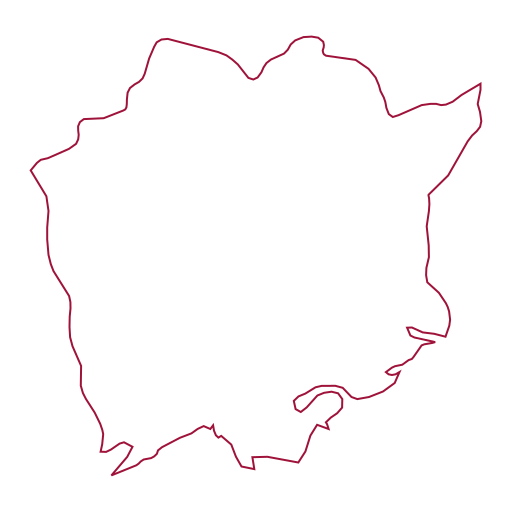 the Prefecture of Okayama
{"feature_id": "JPN-1822", "entity_name": "Okayama", "entity_type": "Prefecture", "adm_level": 1, "iso_a3": "JPN", "parent_name": "Japan", "parent_adm1": "", "projection": "orthographic", "projection_center": [133.872, 34.876], "detail": "fine", "context": "isolated", "style": "outline", "palette": "rose", "viewbox_px": 512, "rotation_deg": 0, "n_neighbors": 0, "source": "natural_earth", "source_scale": "10m", "svg_char_len": 2582}
<svg xmlns="http://www.w3.org/2000/svg" viewBox="0 0 512 512"><path d="M445.5,336.7L434.2,333.8L422.7,332.4L411.9,327.5L407.1,327.7L410.4,335.5L414.4,337.5L435.2,342.1L432.0,343.0L424.3,344.3L421.6,345.4L413.5,357.0L411.8,359.0L408.6,360.1L402.3,364.7L395.0,366.2L392.0,367.6L385.9,372.1L388.6,374.3L391.9,375.0L395.6,374.3L399.5,372.0L394.7,383.0L383.0,391.5L369.0,397.0L357.3,399.1L351.5,397.0L342.7,387.8L335.3,385.8L321.5,385.9L315.5,387.3L305.3,393.6L298.5,396.4L293.8,400.9L295.6,409.1L300.8,412.0L306.7,407.4L317.4,395.5L324.1,392.8L331.5,391.7L338.1,393.3L342.3,399.1L342.1,407.6L337.2,413.2L330.9,417.5L325.9,422.3L326.9,423.9L327.3,424.9L328.6,429.0L317.1,424.8L310.4,435.6L305.4,451.5L298.3,462.5L267.4,456.8L252.4,457.2L254.3,469.1L241.5,466.5L235.9,456.6L231.3,444.6L221.2,435.9L218.4,437.6L215.9,435.3L214.0,430.7L213.1,425.3L210.3,429.0L203.7,426.1L197.7,428.9L191.4,433.4L179.9,437.8L162.0,447.2L158.0,450.4L156.9,453.8L154.2,456.4L151.1,458.1L143.7,459.5L140.8,461.4L138.7,463.6L136.3,465.3L111.4,475.4L127.2,456.9L132.5,446.8L124.0,442.3L119.6,443.6L110.9,449.6L106.1,451.9L100.6,451.7L102.2,444.3L103.2,434.1L102.3,429.9L100.2,423.8L94.7,412.6L85.9,398.9L82.9,393.0L80.8,385.7L81.1,365.9L72.5,346.2L70.1,337.2L69.5,327.0L69.7,316.7L70.5,308.5L70.4,302.1L69.1,296.0L53.5,271.1L50.8,264.1L48.5,254.9L47.2,239.5L47.2,227.5L48.5,211.0L46.4,196.3L30.7,170.4L36.9,162.9L40.8,159.8L47.8,158.2L68.9,148.9L76.1,143.8L78.2,139.3L78.7,134.8L78.2,130.7L78.1,126.3L79.9,122.1L83.8,119.1L103.7,118.2L123.3,110.5L125.3,109.4L126.4,107.4L126.8,104.1L126.9,99.5L127.6,92.7L130.0,88.0L134.6,84.4L139.0,81.9L142.6,78.4L144.7,73.8L149.1,58.6L154.2,46.7L156.7,42.3L161.5,39.5L167.8,38.9L218.3,52.1L226.5,55.4L232.2,59.5L237.8,64.4L248.4,77.9L253.3,79.5L257.6,77.5L261.4,72.3L263.6,67.3L266.5,63.0L271.0,59.5L284.0,53.6L287.8,49.7L290.7,44.5L295.2,40.4L303.5,37.1L311.6,36.6L318.2,37.7L323.2,41.7L323.9,45.0L323.7,47.3L322.7,50.6L323.2,52.9L323.9,54.3L326.0,55.7L355.6,59.9L368.5,68.8L375.6,77.5L378.9,85.3L380.5,91.1L383.8,97.5L385.3,101.9L386.4,107.9L388.8,114.1L392.8,117.0L398.5,115.2L421.7,105.1L430.2,103.9L436.3,103.9L441.1,105.1L445.9,104.6L452.7,101.7L461.5,95.0L480.5,83.7L480.5,89.8L477.7,104.0L480.0,111.9L481.3,121.2L480.1,126.8L476.8,131.1L472.1,135.5L467.7,141.3L448.2,175.4L429.2,194.1L428.5,194.9L428.5,195.3L429.1,198.5L429.4,204.2L428.9,211.2L426.7,226.3L428.7,245.4L428.9,257.2L426.4,267.9L426.1,275.2L427.3,282.3L438.9,292.8L445.9,303.2L447.7,307.0L449.1,311.4L450.1,319.7L449.3,325.7L445.5,336.7L445.5,336.7Z" fill="none" stroke="#9f1239" stroke-width="2"/></svg>